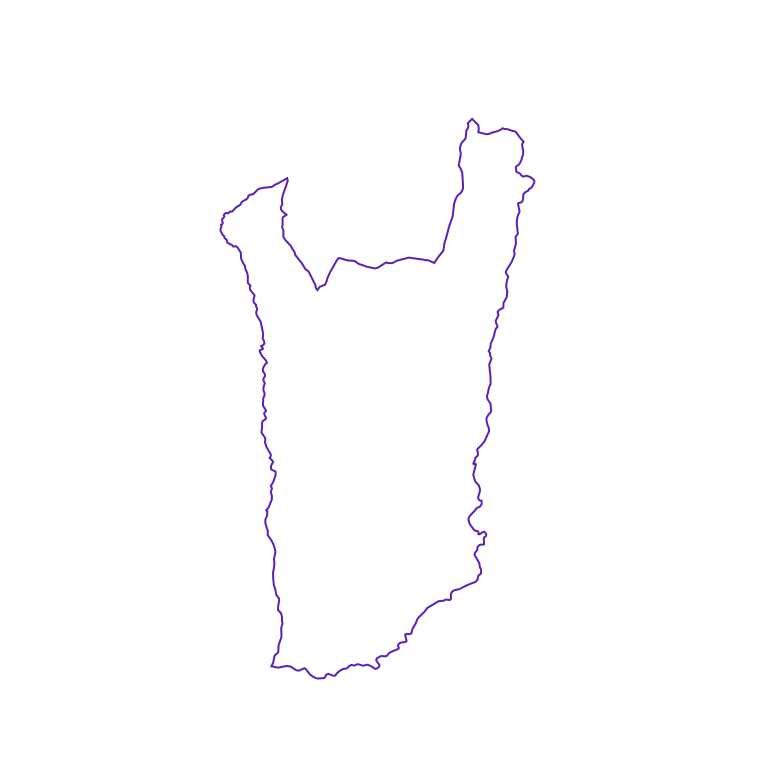 outline of Albán (San José), Nariño, Colombia, rotated 326°
{"feature_id": "7082276B58803331462787", "entity_name": "Albán (San José)", "entity_type": "district", "adm_level": 2, "iso_a3": "COL", "parent_name": "Colombia", "parent_adm1": "Nariño", "projection": "mercator", "projection_center": [-77.067, 1.474], "detail": "fine", "context": "isolated", "style": "outline", "palette": "violet", "viewbox_px": 768, "rotation_deg": 326, "n_neighbors": 0, "source": "geoboundaries", "source_scale": "gbopen_adm2", "svg_char_len": 6166}
<svg xmlns="http://www.w3.org/2000/svg" viewBox="0 0 768 768"><g transform="rotate(326 384 384)"><path d="M132.8,555.0L137.5,559.9L145.2,563.1L146.9,564.4L148.8,566.5L151.0,571.8L152.4,573.5L153.3,574.1L159.1,575.1L159.7,576.4L160.3,583.8L161.9,587.9L164.0,590.9L169.8,594.3L171.4,594.1L172.9,592.9L174.3,592.8L175.8,593.2L178.5,597.2L180.0,598.3L180.7,598.4L182.7,597.6L185.2,597.2L188.2,597.1L190.5,597.3L193.7,598.8L195.0,598.9L197.2,598.4L199.8,598.6L202.2,601.0L204.9,601.3L205.8,601.8L209.2,605.9L213.1,607.3L215.3,610.2L217.0,614.5L217.5,615.3L218.4,615.7L221.1,615.9L222.7,615.0L223.1,614.3L222.9,609.2L223.2,608.5L224.9,607.4L229.2,607.8L233.3,610.8L234.9,610.8L237.1,610.1L239.7,610.0L247.6,611.6L248.7,611.1L249.3,608.7L251.0,607.6L253.4,607.8L256.4,609.4L258.3,609.9L259.0,609.6L259.6,608.4L260.6,605.2L261.4,603.6L263.0,603.9L265.6,605.8L267.3,606.0L271.0,602.7L276.1,600.4L279.7,597.9L281.6,597.0L290.0,595.5L294.6,593.9L307.9,594.6L311.8,596.8L315.1,597.5L317.7,599.9L319.1,599.7L319.8,599.1L321.5,596.1L322.4,595.3L325.0,594.1L327.1,594.4L331.8,596.2L340.5,597.2L349.1,599.2L351.7,598.7L355.1,595.7L358.4,595.4L360.6,592.3L361.2,589.2L362.9,585.6L363.5,576.1L365.1,574.8L368.5,573.8L370.0,571.8L372.1,570.9L374.1,571.1L376.6,572.7L377.3,572.8L380.9,567.2L383.5,567.1L384.7,565.9L384.7,562.9L384.1,562.3L382.4,561.9L380.2,562.1L379.0,561.9L378.3,561.3L379.3,560.0L379.5,558.6L377.8,557.0L377.1,555.3L376.8,550.3L376.9,547.4L378.1,544.0L378.9,542.8L381.2,541.4L388.7,539.7L391.3,538.7L394.9,539.3L397.7,538.3L399.6,535.4L398.1,533.7L398.0,532.3L398.6,530.6L403.5,526.6L404.6,525.1L405.7,522.0L405.9,520.7L405.3,517.9L405.2,515.3L407.0,509.8L407.7,508.7L415.1,502.2L415.1,501.1L413.6,500.7L413.6,499.9L417.7,497.3L418.5,496.2L420.8,496.0L422.3,495.3L423.7,492.9L424.0,491.3L425.1,490.1L430.2,489.3L435.5,487.6L444.7,481.9L446.3,478.9L447.1,475.2L448.3,472.2L449.8,469.7L450.6,469.1L453.5,467.9L457.1,466.9L458.2,465.6L461.3,459.8L461.3,454.8L462.5,451.6L464.9,449.8L468.9,445.8L472.5,443.5L476.6,437.1L482.1,426.7L487.2,423.2L488.0,419.5L489.2,417.9L489.1,415.4L492.7,413.2L495.1,410.1L501.1,406.4L506.4,401.6L507.9,400.6L509.7,400.3L510.5,399.1L510.8,396.9L511.8,394.2L517.0,391.1L517.6,390.5L518.5,387.7L520.9,387.0L525.6,387.5L528.4,383.6L534.2,380.7L537.8,376.5L539.5,372.2L540.7,370.2L544.0,366.8L547.0,364.6L547.2,360.1L547.5,359.4L549.5,358.0L557.9,354.3L564.0,350.3L565.4,348.5L566.4,345.8L567.7,345.1L572.7,340.6L573.1,339.1L575.4,335.6L578.6,334.5L579.3,333.8L583.5,325.7L585.4,323.1L588.4,319.8L592.8,316.9L595.9,309.5L596.6,309.2L599.1,310.1L600.7,310.0L602.3,308.9L605.8,304.5L608.5,304.0L611.9,304.4L613.3,303.5L616.6,303.6L621.2,301.1L621.9,300.3L622.4,298.7L621.2,294.5L618.4,290.8L616.9,290.6L615.2,289.7L614.6,288.2L614.4,285.5L612.4,282.1L614.3,278.4L615.1,277.7L618.6,277.4L620.1,276.9L622.9,275.3L627.6,271.5L629.6,269.0L632.0,263.3L633.0,262.2L635.2,261.3L634.6,257.0L634.2,248.9L633.5,247.4L632.1,246.2L628.9,241.8L626.1,239.7L625.3,238.3L622.9,238.5L620.1,238.0L613.0,235.7L611.8,235.7L608.9,234.4L607.7,233.3L603.0,228.0L605.1,225.7L606.9,222.2L605.3,213.5L599.5,214.6L598.2,217.4L596.7,218.7L593.8,220.2L589.3,225.7L587.3,226.6L583.0,227.5L578.6,231.1L576.3,236.3L568.5,244.3L568.0,245.2L568.1,248.0L567.6,249.2L567.3,252.0L561.4,262.2L558.6,266.4L554.8,268.4L550.3,269.0L548.9,269.6L547.0,270.6L542.9,273.8L534.6,283.5L526.3,289.6L517.0,297.8L513.6,300.3L507.7,306.7L500.0,309.0L493.4,311.8L489.4,305.6L487.5,304.5L486.2,302.9L475.1,293.0L463.4,288.9L459.4,288.6L457.8,288.0L454.9,285.9L453.8,284.4L443.8,284.1L441.1,283.1L435.9,277.8L430.1,270.1L428.7,266.1L427.9,265.1L423.0,261.2L417.3,254.5L416.3,254.3L413.2,255.5L401.8,261.2L396.4,264.5L394.7,266.1L390.8,268.7L385.0,267.5L381.3,268.9L381.1,267.1L382.5,263.0L384.3,249.6L384.0,247.2L383.3,246.0L383.1,243.9L383.4,237.9L382.6,227.3L383.6,224.9L383.6,221.1L384.0,217.5L382.6,208.6L383.1,205.3L386.5,200.5L387.1,197.2L389.3,194.9L392.4,190.1L393.5,189.2L397.8,189.2L396.3,183.9L396.3,181.7L397.2,179.9L400.3,178.0L402.4,174.0L405.9,170.7L417.7,161.9L418.8,159.2L408.1,158.4L405.7,157.9L401.3,157.9L392.9,153.5L389.3,152.2L387.3,152.3L381.9,153.5L378.3,152.1L376.9,152.2L375.1,153.5L374.3,153.7L373.0,153.9L368.6,153.5L367.1,153.9L365.7,154.8L363.6,155.2L361.7,154.8L359.8,154.9L354.7,156.1L354.2,156.0L352.7,154.9L350.3,155.3L348.5,153.8L346.2,154.0L345.6,154.4L345.3,155.7L344.4,156.4L342.0,156.8L340.7,159.0L340.4,160.4L339.6,160.9L337.8,161.0L337.5,162.4L334.7,164.6L334.0,166.0L333.7,170.4L334.2,172.0L333.4,173.7L334.2,176.5L333.2,179.5L335.7,183.8L335.8,185.5L336.3,186.1L338.4,187.0L339.0,189.6L338.7,195.1L335.6,200.2L334.7,205.7L334.8,208.1L333.6,210.6L332.5,216.1L331.0,219.1L327.7,223.9L328.2,227.9L326.6,229.1L325.7,231.1L326.3,238.1L322.6,241.5L321.6,243.4L322.2,246.9L321.3,248.1L321.1,250.3L320.6,251.0L318.0,253.3L317.0,255.4L316.6,263.3L312.6,273.2L311.6,275.2L308.8,278.6L308.6,281.3L307.6,283.5L305.6,284.3L303.6,283.7L303.2,284.2L303.5,286.9L302.9,287.2L299.8,286.7L299.0,287.9L298.6,293.0L299.3,298.7L298.8,301.0L296.8,301.2L294.1,302.3L291.9,303.8L290.7,305.9L290.9,308.5L290.1,310.4L289.5,311.1L287.5,311.9L286.2,313.1L285.5,316.9L283.2,318.5L280.7,321.3L279.7,325.1L279.1,326.1L275.8,328.5L271.9,333.7L271.5,334.6L271.4,339.9L271.0,340.4L268.5,341.0L267.7,342.7L267.2,346.2L266.4,346.8L262.7,347.0L261.0,348.2L259.0,351.3L255.3,355.6L255.3,362.5L252.6,366.1L251.4,370.4L250.7,379.2L249.8,380.5L247.8,381.4L248.4,383.4L248.5,386.6L244.7,388.6L243.2,390.7L242.8,392.0L245.1,395.8L244.1,397.8L242.8,399.2L237.1,403.5L233.3,405.1L232.7,407.9L229.6,410.5L228.3,414.6L227.3,415.3L227.2,416.0L226.3,417.1L219.3,421.8L218.0,422.4L216.2,422.5L215.7,422.9L216.0,424.5L213.6,427.6L210.0,430.0L208.0,432.6L206.1,438.3L205.6,440.9L203.5,443.4L203.1,444.4L203.2,450.2L202.8,454.5L201.6,458.8L200.1,462.5L194.7,467.8L193.5,470.4L190.7,474.1L186.5,478.4L182.9,484.1L180.2,489.2L179.0,493.6L176.8,498.5L177.0,503.1L176.2,504.7L172.1,508.9L169.8,512.0L170.4,516.0L170.2,517.4L169.0,520.3L166.7,523.8L166.3,525.4L162.3,528.9L157.6,536.3L150.5,541.7L146.6,546.9L145.8,547.4L141.6,547.9L136.0,553.3L132.8,555.0Z" fill="none" stroke="#5b21b6" stroke-width="2"/></g></svg>